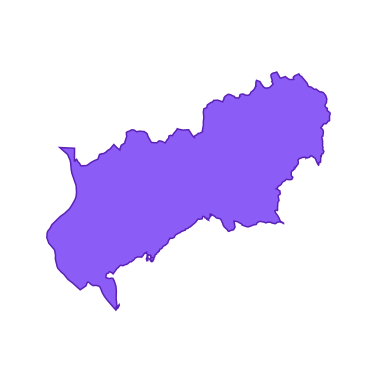 Branisca, Hunedoara, Romania (Equal Earth projection), rotated 78°
{"feature_id": "2599482B69726468396630", "entity_name": "Branisca", "entity_type": "district", "adm_level": 2, "iso_a3": "ROU", "parent_name": "Romania", "parent_adm1": "Hunedoara", "projection": "equal_earth", "projection_center": [22.77, 45.979], "detail": "fine", "context": "isolated", "style": "filled", "palette": "violet", "viewbox_px": 384, "rotation_deg": 78, "n_neighbors": 0, "source": "geoboundaries", "source_scale": "gbopen_adm2", "svg_char_len": 5997}
<svg xmlns="http://www.w3.org/2000/svg" viewBox="0 0 384 384"><g transform="rotate(78 192 192)"><path d="M264.4,321.7L261.8,315.3L258.8,313.3L258.5,312.6L259.0,311.6L261.1,310.2L263.0,308.3L263.1,306.9L263.6,304.8L264.4,303.1L265.9,301.7L272.1,300.6L276.1,299.3L280.7,297.1L291.7,291.0L290.5,289.7L290.1,288.6L287.7,286.7L287.1,286.7L288.9,288.7L289.6,290.2L289.3,290.4L287.7,289.1L280.1,288.3L273.3,286.6L268.2,286.0L262.7,286.6L260.1,287.3L259.5,288.7L259.5,291.4L258.9,291.9L258.1,293.7L257.4,294.0L254.7,292.9L254.0,292.1L254.1,291.3L253.8,290.3L252.9,289.7L252.7,289.3L254.3,287.2L255.7,286.2L251.2,281.3L250.6,279.9L249.0,277.7L248.9,276.7L249.7,275.0L249.7,274.4L249.2,272.7L249.2,271.0L248.7,269.5L247.6,267.7L247.4,267.1L247.7,266.2L247.2,265.0L246.2,262.9L244.8,261.4L244.5,260.3L244.2,258.4L244.6,257.2L244.6,256.3L245.2,255.2L245.2,254.6L242.1,251.1L241.6,249.2L242.4,249.7L244.0,248.2L245.0,249.2L245.6,249.2L248.0,250.6L248.5,250.3L249.9,250.4L249.9,249.5L249.0,249.4L248.3,248.7L247.6,248.7L247.8,249.2L247.2,249.2L246.4,248.7L244.9,248.6L244.7,248.1L245.0,246.0L245.6,245.5L246.4,245.9L246.8,245.6L247.8,244.5L248.0,245.0L247.7,246.2L248.8,247.4L250.0,247.0L249.9,246.5L250.1,246.3L250.5,246.8L251.1,246.5L251.0,246.1L251.3,246.4L251.7,246.0L251.0,245.3L250.6,244.4L251.0,244.4L249.6,243.2L248.7,243.1L247.6,242.0L245.6,241.0L245.3,239.7L244.0,238.7L244.0,237.8L243.3,237.4L243.0,236.3L241.3,235.5L241.3,234.4L240.8,233.1L239.2,231.7L238.3,228.7L237.6,227.5L237.0,226.9L236.8,226.3L234.5,225.0L233.5,223.9L232.7,223.5L233.0,222.8L232.8,222.1L233.2,220.8L232.9,220.3L233.0,219.8L232.6,218.7L230.9,217.5L230.2,216.1L230.1,215.3L229.6,214.3L229.1,211.6L228.3,210.8L228.4,209.4L228.1,208.8L227.9,206.5L227.1,206.3L226.7,203.7L225.9,202.2L225.7,200.9L222.4,194.9L219.6,191.5L220.2,190.4L220.3,187.6L218.2,186.6L218.4,185.3L219.0,184.8L220.2,184.5L220.7,183.0L221.2,182.8L221.9,183.1L223.0,181.6L222.1,181.7L221.0,180.2L220.2,179.8L219.2,178.2L218.3,179.2L217.4,178.9L217.9,177.6L220.8,174.6L221.9,174.0L222.8,172.9L223.8,170.3L225.2,169.4L229.1,168.5L230.9,168.4L232.7,167.8L236.1,165.4L237.2,165.1L238.1,164.4L238.1,163.7L237.6,161.8L237.7,159.9L237.5,159.1L235.3,157.2L229.2,157.0L230.3,154.1L230.9,153.1L231.9,152.2L233.1,150.5L234.8,149.8L237.2,145.9L237.8,144.4L237.6,141.9L237.0,138.7L237.1,135.9L235.6,134.6L234.9,132.6L234.9,131.5L236.4,127.9L237.6,126.1L237.3,124.0L238.0,121.2L238.8,120.5L240.2,117.6L240.3,117.0L239.3,114.5L239.5,112.2L240.7,110.2L241.8,109.0L241.5,108.9L239.2,111.3L238.4,111.8L235.5,112.3L232.9,113.1L229.6,114.6L227.6,114.9L227.3,113.7L227.9,112.5L227.5,112.0L225.5,111.7L220.4,110.3L219.7,109.9L218.5,108.7L213.8,108.5L213.1,107.9L212.7,106.7L212.2,106.1L209.2,105.8L208.2,107.0L207.1,107.6L206.4,108.9L206.1,108.0L204.4,106.4L203.6,104.0L202.7,102.8L201.1,101.5L200.2,98.3L199.3,97.4L199.2,96.6L199.7,95.9L200.3,93.9L200.4,91.7L198.5,90.3L196.9,91.5L193.4,90.9L191.8,89.4L192.0,88.9L191.8,88.6L190.9,87.5L190.8,86.8L189.9,86.8L189.9,86.2L189.2,86.1L189.3,85.6L188.7,84.5L188.0,84.2L186.8,82.5L185.4,81.9L182.8,81.7L182.0,80.5L181.6,80.3L181.5,78.3L181.1,76.8L181.6,73.9L182.0,73.5L182.6,73.5L182.3,73.1L182.2,72.5L182.7,71.8L182.2,69.3L181.4,68.7L181.6,67.4L184.7,64.5L190.0,63.4L192.0,62.7L191.8,62.3L189.6,61.8L189.4,61.0L189.7,60.6L189.4,60.0L183.7,58.6L184.1,58.2L181.7,57.1L181.6,55.8L179.7,54.6L178.9,54.7L177.6,55.4L175.7,54.6L173.6,54.7L171.8,54.1L170.5,54.1L169.6,53.6L168.7,53.8L167.5,53.5L166.2,53.9L164.6,53.1L164.5,52.3L160.2,50.9L158.4,51.1L156.7,52.1L156.0,52.8L154.5,50.7L153.4,50.1L153.4,49.5L152.9,49.2L152.6,47.9L153.1,47.2L153.1,46.7L152.1,45.2L151.1,44.3L150.9,42.8L150.5,42.5L147.0,41.9L143.8,40.5L142.8,40.8L142.3,41.4L141.4,41.7L140.9,42.6L139.9,42.8L138.3,42.2L137.1,43.5L135.9,44.0L134.4,43.7L132.3,41.8L130.8,41.5L129.9,41.0L128.5,40.8L125.4,41.2L122.1,42.9L120.9,44.7L120.6,46.2L117.1,49.3L117.2,50.5L116.7,51.3L114.1,53.7L113.0,56.2L109.5,56.8L108.7,57.2L101.8,60.8L100.5,62.3L98.8,62.8L98.7,63.2L99.4,65.8L99.5,67.1L100.8,69.1L103.0,69.1L102.4,72.8L101.2,74.5L98.5,76.7L99.1,81.4L98.6,82.1L92.3,84.2L92.6,86.5L92.5,87.9L92.9,89.2L93.8,90.4L94.2,90.5L95.9,90.7L99.7,90.3L100.4,91.0L103.2,90.2L105.6,93.8L105.9,94.7L106.1,96.0L105.8,96.9L105.8,98.1L105.2,99.2L104.1,100.2L101.2,101.6L98.1,102.6L96.2,105.7L97.8,106.6L101.1,107.5L101.9,107.4L102.1,108.0L103.9,109.2L105.3,111.0L106.1,112.4L106.3,113.2L108.2,114.8L109.1,116.5L108.7,118.8L108.1,119.9L107.0,121.2L106.6,122.5L106.7,124.6L107.3,125.2L108.5,125.2L108.7,125.9L109.9,126.8L108.7,130.2L107.4,130.6L106.3,132.3L105.2,133.6L104.5,134.6L104.0,136.6L105.3,139.7L106.5,141.1L108.0,141.5L108.4,142.1L110.2,143.3L107.5,147.7L106.9,151.8L108.4,153.5L108.3,154.7L110.0,158.9L112.5,160.1L113.1,163.1L116.1,164.3L121.8,165.0L125.9,166.4L129.1,167.0L134.1,169.1L135.1,169.0L136.0,171.7L136.2,172.8L135.9,173.6L137.0,175.4L137.8,177.9L138.2,178.2L139.0,178.3L137.3,179.7L130.4,182.3L129.6,187.9L127.9,191.9L127.0,193.2L128.2,194.2L131.2,198.0L132.8,199.4L132.1,201.3L132.4,202.9L134.5,203.7L135.7,205.4L138.4,208.0L136.0,211.2L135.1,213.5L136.6,216.3L135.1,221.4L129.0,223.4L125.6,223.8L123.0,226.1L121.5,230.9L121.6,233.5L119.1,236.1L118.6,238.5L119.2,239.5L119.6,242.7L120.2,243.9L124.3,244.4L128.6,247.0L130.1,247.5L131.6,251.5L135.0,253.6L135.9,253.9L132.9,256.3L129.3,258.6L133.0,263.3L133.7,265.6L135.4,268.5L135.9,270.2L135.9,272.4L135.7,272.8L136.2,273.6L135.9,274.2L136.4,274.9L140.3,277.2L141.0,280.9L142.2,284.9L144.0,288.8L144.2,291.1L143.8,291.8L143.5,295.0L140.2,296.3L139.0,297.1L136.0,298.1L136.4,299.1L137.4,299.7L137.1,300.5L124.8,297.8L121.0,312.1L129.4,305.9L135.8,304.6L138.6,304.7L145.1,305.5L148.6,305.6L161.6,304.0L168.6,305.1L172.5,306.4L175.1,308.0L180.3,312.6L183.0,315.4L186.5,321.2L188.6,326.0L194.8,335.8L198.3,338.7L200.3,341.2L202.1,342.3L206.5,343.5L212.3,342.7L220.0,338.5L225.2,338.6L229.1,339.6L237.2,339.4L239.1,338.9L243.2,336.5L245.8,334.5L251.7,331.5L256.3,327.6L264.4,321.7Z" fill="#8b5cf6" stroke="#5b21b6" stroke-width="1.5"/></g></svg>